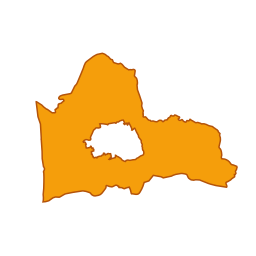 outline of Samraong Tong, Kâmpóng Spœ, Cambodia, rotated 168°
{"feature_id": "14789045B32587408754767", "entity_name": "Samraong Tong", "entity_type": "district", "adm_level": 2, "iso_a3": "KHM", "parent_name": "Cambodia", "parent_adm1": "Kâmpóng Spœ", "projection": "albers", "projection_center": [104.483, 11.45], "detail": "fine", "context": "isolated", "style": "filled", "palette": "amber", "viewbox_px": 256, "rotation_deg": 168, "n_neighbors": 0, "source": "geoboundaries", "source_scale": "gbopen_adm2", "svg_char_len": 5903}
<svg xmlns="http://www.w3.org/2000/svg" viewBox="0 0 256 256"><g transform="rotate(168 128 128)"><path d="M156.1,200.6L157.8,198.3L159.4,195.6L162.3,191.3L168.2,182.8L169.3,181.5L171.4,180.0L176.1,174.0L177.4,173.6L185.0,173.8L187.1,173.5L188.1,173.2L189.0,172.5L189.5,171.8L189.6,171.2L189.0,170.3L188.0,169.9L185.7,169.7L185.1,168.9L185.0,167.9L187.4,166.7L187.8,166.3L188.4,166.1L189.2,166.2L190.1,165.9L190.9,165.9L191.3,165.5L192.3,162.4L193.1,162.3L193.7,162.0L194.2,161.4L194.9,161.5L195.5,161.1L195.6,158.8L195.7,158.4L196.0,158.2L196.7,158.1L197.6,158.4L198.7,158.5L199.2,158.8L203.1,163.1L203.7,163.3L206.1,166.1L207.6,168.4L212.0,172.7L212.3,172.8L212.4,172.4L213.7,157.7L212.8,150.1L215.0,135.8L215.3,135.2L215.2,134.9L216.9,123.0L218.3,115.8L218.7,107.7L218.4,107.3L218.1,105.7L218.5,104.5L219.0,103.8L219.6,103.2L219.8,102.3L219.7,101.6L220.5,97.1L221.6,92.2L223.0,86.4L224.8,80.6L225.2,77.6L225.8,75.1L226.5,73.4L223.9,73.1L220.6,73.3L215.9,75.3L213.3,75.6L210.0,74.7L209.3,74.6L205.1,76.0L203.5,76.5L202.2,76.6L195.2,76.5L185.3,75.9L182.2,74.7L179.3,73.0L178.4,72.3L177.4,70.4L175.9,69.0L174.4,68.4L170.8,68.3L168.8,68.7L167.0,69.7L165.1,71.3L162.5,73.6L162.0,74.3L161.4,76.0L160.8,76.2L158.2,74.6L156.1,73.8L155.3,73.8L152.1,74.6L151.3,74.5L150.2,73.8L149.8,73.0L149.3,73.0L149.1,72.7L149.2,71.7L146.4,70.9L144.9,69.7L144.2,69.4L143.7,69.4L142.8,69.7L141.8,69.7L141.1,69.9L140.1,69.7L139.4,70.0L139.0,69.9L138.5,67.0L138.4,63.2L138.1,62.8L137.6,62.8L134.2,61.5L133.1,61.3L131.9,61.3L130.6,61.9L129.6,62.8L127.4,65.3L125.6,67.8L123.5,71.4L118.6,71.9L113.1,76.4L105.7,73.4L103.9,71.9L95.5,71.9L93.6,72.4L90.9,72.7L85.5,72.5L84.0,72.1L81.7,71.2L80.5,70.5L80.0,69.8L79.5,67.4L79.1,66.3L77.7,64.7L76.9,64.1L74.6,63.3L72.6,63.3L68.8,62.3L61.0,57.1L58.9,55.9L53.9,53.4L43.9,49.6L43.4,50.4L43.4,51.4L43.7,52.9L43.6,54.0L43.0,54.6L41.9,54.7L38.4,55.9L37.0,56.8L33.9,58.1L33.6,58.9L33.6,60.4L32.8,60.3L31.9,61.1L31.9,63.3L31.5,64.0L30.6,64.6L30.3,65.4L29.5,66.9L29.6,67.9L32.6,69.9L34.5,70.8L35.9,73.8L37.1,75.4L38.5,76.6L39.9,77.5L42.6,78.4L42.9,79.5L42.5,80.8L41.9,82.0L41.6,85.0L41.7,86.8L42.0,88.1L42.8,89.5L43.0,90.5L40.5,95.9L40.1,97.0L39.7,99.3L39.8,100.3L39.9,102.0L39.2,103.5L40.1,104.7L40.5,105.8L40.5,106.5L40.9,107.0L41.3,107.8L42.8,109.1L43.2,109.8L44.0,110.4L45.0,111.8L48.3,113.4L49.6,114.3L50.4,115.0L52.2,116.0L52.8,116.3L55.4,116.8L55.9,117.4L58.5,118.9L59.2,119.0L60.2,119.0L60.8,119.2L63.0,121.2L63.3,121.6L64.6,122.4L64.9,123.2L65.5,123.6L66.7,122.5L67.2,122.4L68.7,123.0L69.2,122.7L69.6,122.0L70.7,121.8L72.3,123.0L73.1,124.7L73.5,125.0L75.3,124.6L76.1,124.8L76.9,125.7L76.9,126.5L75.9,126.9L75.6,127.2L75.3,127.8L75.5,128.2L76.5,128.8L77.8,129.9L78.2,130.3L79.5,131.0L80.6,130.3L81.5,130.4L82.4,130.7L83.0,131.0L83.1,131.3L83.7,131.2L84.8,129.9L86.5,129.4L86.7,128.9L87.1,128.8L88.0,127.9L90.4,128.0L90.8,127.8L91.7,127.1L92.5,126.9L93.8,128.5L94.6,128.8L95.8,129.0L98.2,128.1L98.8,128.1L100.3,128.7L102.1,129.7L102.9,129.7L103.9,129.9L104.4,130.2L104.6,130.8L105.7,131.2L106.1,131.4L106.9,132.4L107.3,133.3L107.8,134.0L108.0,134.5L108.5,135.2L110.4,135.5L110.8,135.9L110.8,136.4L110.6,136.8L110.3,137.8L110.6,138.6L110.1,139.1L110.1,140.2L109.4,141.5L109.4,142.2L109.8,142.8L110.1,146.6L109.1,149.5L109.9,156.9L110.8,163.4L110.3,167.9L110.0,168.9L109.7,169.0L109.3,170.6L109.1,172.7L109.3,174.8L110.1,176.2L110.5,176.6L110.9,177.6L109.3,181.9L109.1,182.6L109.4,183.5L109.9,183.9L110.5,184.2L112.3,184.2L113.9,184.7L115.0,184.7L115.3,184.8L118.8,188.2L120.4,191.2L121.0,192.0L122.0,192.9L123.7,192.6L124.6,192.8L128.1,194.8L128.4,195.1L128.7,195.7L129.1,198.0L130.7,198.9L132.4,201.9L133.7,203.0L134.8,204.5L136.2,205.6L137.6,206.4L142.9,206.4L144.5,206.0L147.0,205.2L154.7,201.6L156.1,200.6ZM129.9,95.9L132.0,95.9L133.1,96.0L134.8,96.7L136.0,96.7L136.7,96.6L137.4,95.8L138.2,96.1L139.5,97.0L140.6,98.1L141.3,99.7L143.7,102.0L144.6,102.5L145.4,103.6L145.9,103.9L146.6,101.7L148.7,101.5L149.8,101.6L150.3,101.4L150.7,101.5L151.4,101.2L151.6,101.4L152.2,101.1L152.8,101.1L153.1,101.3L152.3,101.8L152.2,102.0L151.3,102.6L150.6,102.8L150.3,104.2L150.4,106.5L151.8,106.7L152.4,107.1L153.2,107.2L153.7,107.0L153.8,106.7L154.7,106.7L155.8,106.4L156.1,107.9L156.2,108.1L156.9,108.3L157.2,108.4L157.4,108.1L157.6,107.0L159.1,106.8L159.7,106.2L161.5,106.2L162.1,106.4L162.8,106.1L163.4,106.2L164.6,105.3L164.9,105.9L165.8,106.0L166.4,105.9L166.6,106.0L166.9,105.8L167.3,105.8L167.6,106.0L167.9,106.5L168.0,107.2L168.3,107.2L168.4,108.1L168.4,108.8L168.6,109.9L169.1,109.9L168.9,111.1L168.9,112.1L168.7,112.6L168.2,112.3L167.7,112.6L166.3,112.7L166.0,113.9L166.4,113.9L166.4,115.6L167.5,115.6L167.4,116.2L167.6,116.3L167.9,116.8L167.8,117.4L168.1,117.9L169.4,116.9L172.1,116.9L173.0,117.2L172.9,120.8L172.3,120.9L172.6,122.2L172.9,123.0L173.6,123.3L173.8,123.5L174.2,123.2L174.5,123.3L174.7,123.9L173.4,125.0L171.7,125.4L170.5,125.1L168.9,124.2L167.4,124.1L167.0,124.4L166.6,125.0L166.8,126.2L166.2,127.4L163.6,130.9L162.7,132.3L161.7,133.4L160.9,133.6L160.2,134.2L159.3,134.7L158.8,134.7L156.7,134.1L155.3,134.2L154.9,134.4L154.6,134.8L154.9,135.3L154.5,136.5L154.7,137.0L154.8,137.9L154.0,137.9L151.6,137.3L148.0,136.0L147.4,135.4L147.0,135.4L146.3,136.2L140.5,136.0L139.7,135.9L139.3,135.4L138.8,135.2L138.4,135.5L138.1,135.8L137.6,136.1L136.1,135.9L134.5,136.6L132.1,136.9L131.0,136.7L130.3,134.3L130.5,133.9L131.3,133.1L130.5,132.1L128.8,133.1L128.1,131.5L127.5,132.3L127.3,131.5L126.0,132.8L124.9,128.8L124.4,126.0L124.8,125.3L124.5,125.0L123.3,125.5L122.1,126.3L121.5,126.4L121.1,125.3L120.6,122.6L119.4,118.7L119.5,117.0L119.1,116.1L117.6,112.9L117.9,112.2L118.0,110.9L117.5,108.9L117.6,108.3L118.0,107.6L118.1,107.0L117.9,105.7L118.2,104.7L118.2,104.0L118.1,103.2L117.8,103.0L117.6,102.4L117.6,101.1L117.7,100.2L118.3,99.0L119.1,98.4L121.2,98.1L123.1,97.4L123.9,96.9L125.8,96.5L127.0,95.7L127.4,95.6L129.9,95.9Z" fill="#f59e0b" stroke="#b45309" stroke-width="1.5"/></g></svg>